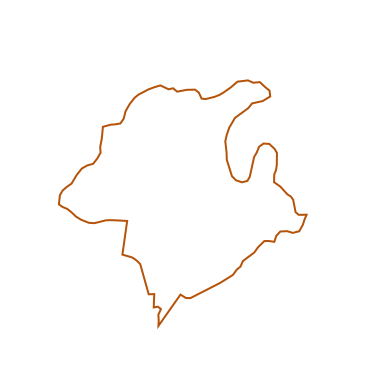 Salto Grande, São Paulo, Brazil (Natural Earth projection), rotated 215°
{"feature_id": "56859067B35087059302473", "entity_name": "Salto Grande", "entity_type": "district", "adm_level": 2, "iso_a3": "BRA", "parent_name": "Brazil", "parent_adm1": "São Paulo", "projection": "natural_earth1", "projection_center": [-49.963, -22.873], "detail": "fine", "context": "isolated", "style": "outline", "palette": "amber", "viewbox_px": 384, "rotation_deg": 215, "n_neighbors": 0, "source": "geoboundaries", "source_scale": "gbopen_adm2", "svg_char_len": 1645}
<svg xmlns="http://www.w3.org/2000/svg" viewBox="0 0 384 384"><g transform="rotate(215 192 192)"><path d="M85.1,239.1L91.5,234.5L95.6,234.9L104.6,243.6L108.3,245.0L112.6,244.8L122.8,247.1L130.4,247.1L134.7,253.6L135.7,258.0L138.0,262.7L144.8,272.7L149.1,274.7L156.3,275.7L161.2,272.7L163.0,267.6L161.6,261.5L161.2,256.3L155.9,243.6L153.4,237.5L153.0,232.9L156.5,228.7L162.8,226.8L168.4,227.9L181.9,238.3L186.6,244.5L193.8,252.6L196.3,258.7L198.4,266.2L199.3,277.4L194.0,293.0L193.6,299.0L186.3,307.0L182.7,315.1L186.6,319.5L192.3,319.9L199.5,320.9L204.4,316.7L210.2,315.5L218.0,308.5L220.2,300.0L223.4,291.1L225.3,287.1L228.3,282.6L234.2,275.9L237.7,274.0L243.4,277.3L248.2,277.6L254.9,272.7L261.7,265.7L267.0,266.1L270.1,262.7L279.0,261.2L283.1,256.0L286.5,251.1L291.7,241.0L293.1,236.1L293.5,228.2L292.7,219.9L290.0,212.9L290.0,207.0L293.9,203.2L297.0,200.7L302.4,194.3L299.6,189.5L296.4,183.7L292.9,176.0L289.4,171.7L288.8,165.1L289.2,158.3L292.9,153.9L295.7,148.1L296.2,139.9L295.5,129.8L297.6,124.0L298.8,119.1L298.4,113.6L293.9,105.5L289.5,105.5L284.4,106.6L278.7,106.2L272.8,105.3L266.8,105.7L258.8,107.6L254.2,110.4L250.8,114.2L246.3,119.4L242.6,122.2L238.3,125.0L228.5,131.1L213.1,100.8L203.4,104.1L198.0,104.1L193.0,103.2L168.8,83.4L164.3,86.7L160.6,80.8L157.1,75.5L154.2,78.5L150.3,78.3L149.1,72.0L145.8,68.0L142.7,63.1L142.6,101.3L136.2,101.7L132.5,104.1L116.9,133.5L110.9,147.6L110.8,154.3L109.5,158.6L110.7,164.7L108.5,171.4L106.3,178.1L106.2,184.6L104.6,193.3L101.2,195.8L96.0,198.4L97.8,204.5L97.0,210.3L91.6,214.5L86.0,216.3L81.6,221.4L82.4,228.7L84.1,234.3L85.1,239.1Z" fill="none" stroke="#b45309" stroke-width="2"/></g></svg>